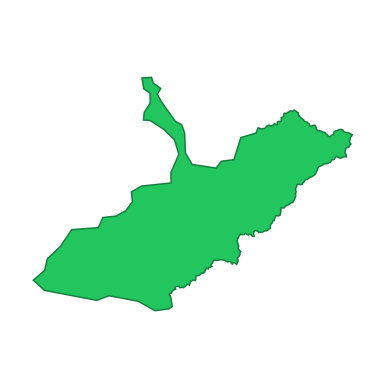 Chatkal, Jalal-Abad, Kyrgyzstan (Equal Earth projection), rotated 177°
{"feature_id": "92254566B64502136331534", "entity_name": "Chatkal", "entity_type": "district", "adm_level": 2, "iso_a3": "KGZ", "parent_name": "Kyrgyzstan", "parent_adm1": "Jalal-Abad", "projection": "equal_earth", "projection_center": [70.686, 41.73], "detail": "fine", "context": "isolated", "style": "filled", "palette": "green", "viewbox_px": 384, "rotation_deg": 177, "n_neighbors": 0, "source": "geoboundaries", "source_scale": "gbopen_adm2", "svg_char_len": 5901}
<svg xmlns="http://www.w3.org/2000/svg" viewBox="0 0 384 384"><g transform="rotate(177 192 192)"><path d="M252.5,195.3L252.0,185.4L259.2,176.7L269.2,171.9L282.3,171.2L287.4,161.3L314.1,160.7L326.4,144.4L339.9,133.0L343.3,121.4L355.1,112.2L344.5,101.5L292.9,88.8L280.2,92.7L251.5,85.7L235.1,75.4L221.2,76.5L217.7,78.9L218.7,88.2L219.1,89.3L219.3,89.7L220.2,90.3L220.0,91.4L219.2,92.0L218.1,91.8L217.7,92.8L216.7,93.9L216.4,94.8L215.6,94.9L214.7,95.4L213.4,95.8L213.6,96.4L214.5,96.9L213.8,97.9L213.0,98.4L211.6,98.7L210.5,98.3L209.8,98.3L209.5,97.7L209.0,97.0L207.8,97.2L207.5,97.4L206.9,97.4L206.1,97.2L205.6,96.8L205.3,96.9L204.7,97.5L203.7,98.0L203.4,98.4L201.6,100.0L200.8,99.8L199.5,99.1L198.9,100.4L198.7,101.6L197.9,102.8L197.6,103.1L196.1,103.6L195.8,103.7L195.7,104.0L195.3,104.0L194.7,104.0L193.7,103.3L193.0,104.0L192.7,104.6L192.8,106.0L192.3,108.2L189.6,108.2L189.0,108.8L188.1,109.1L187.8,109.3L187.1,110.1L186.8,110.3L184.7,110.3L184.7,110.9L183.5,111.3L183.2,112.2L182.9,112.6L183.0,113.5L182.2,114.5L181.9,115.3L180.9,115.0L179.9,114.3L179.7,114.7L179.3,115.1L179.2,115.8L177.5,115.8L176.0,116.8L176.5,117.0L177.0,117.4L177.2,117.8L176.7,118.7L175.2,119.7L175.2,120.4L174.7,121.2L174.4,121.9L173.8,122.7L173.6,122.9L172.3,122.8L171.2,122.3L170.2,122.3L168.0,122.8L164.7,122.7L164.3,122.4L162.5,121.9L161.9,121.4L159.9,120.2L159.1,120.6L157.4,120.5L156.7,119.8L156.6,118.8L156.2,118.3L155.2,117.9L154.8,119.0L154.3,119.2L153.6,119.3L153.1,119.1L152.2,118.2L151.2,117.4L150.9,118.2L150.4,118.8L150.5,120.0L149.5,120.7L149.7,121.4L149.7,122.2L150.0,122.6L150.3,123.1L150.2,123.7L148.0,125.6L148.1,126.2L147.2,127.0L147.3,127.7L147.2,128.6L146.9,129.4L146.4,129.9L146.9,130.5L147.4,130.9L147.8,131.7L148.9,132.4L149.0,133.1L148.5,134.1L148.6,134.7L148.3,135.2L148.3,135.7L148.7,136.4L148.7,137.5L149.1,138.3L149.0,139.3L149.1,139.6L149.6,140.1L149.5,141.2L148.9,141.8L149.3,143.3L148.2,143.6L147.8,143.9L147.7,145.1L146.4,146.6L145.9,147.5L145.2,147.1L144.9,147.1L144.4,146.7L142.5,146.7L142.3,146.7L141.0,148.0L139.3,146.7L138.1,146.1L137.0,146.7L136.4,146.7L135.9,146.4L135.1,146.3L134.2,145.0L134.0,144.6L132.3,144.4L132.5,145.4L132.5,147.3L132.3,148.6L132.0,149.4L131.8,149.7L131.5,149.9L130.9,150.0L129.6,149.6L129.0,149.6L127.8,148.7L127.6,148.1L126.0,148.2L124.7,148.1L123.6,148.2L122.8,148.8L121.2,149.4L120.5,149.5L120.0,149.2L119.3,149.7L118.5,149.8L118.2,150.1L117.6,150.9L117.0,151.1L116.1,151.2L115.4,152.5L115.4,152.9L115.7,153.4L115.6,154.2L115.3,154.6L114.9,155.4L114.3,156.4L113.4,156.9L113.1,158.2L112.8,158.7L112.4,159.0L111.4,159.2L111.7,160.1L111.1,160.6L111.0,161.2L110.7,161.6L110.3,162.0L109.8,163.5L109.4,163.9L108.1,164.0L107.2,163.5L106.4,163.9L105.3,164.1L105.1,164.6L104.6,167.1L104.3,167.6L104.3,169.1L104.1,169.7L104.1,170.1L104.6,171.2L104.1,171.6L103.7,171.6L101.0,171.2L100.6,171.4L99.3,173.3L98.5,173.3L98.2,173.7L97.8,173.9L96.7,174.0L96.0,174.5L95.2,174.8L94.7,175.4L93.4,175.9L92.6,176.2L92.0,176.1L90.9,178.1L89.8,179.3L89.9,179.9L89.8,180.3L89.4,180.8L89.0,181.7L88.7,182.2L88.6,183.6L88.7,184.6L88.2,186.3L88.0,187.1L88.2,187.6L88.7,188.0L88.2,188.9L88.3,190.3L87.8,190.9L87.1,192.6L86.9,193.8L86.6,194.2L84.6,194.0L82.9,193.6L81.3,194.0L81.0,194.8L79.6,196.2L78.3,198.1L77.4,198.5L76.0,198.6L75.0,199.5L73.3,200.4L73.0,200.9L72.1,200.8L71.4,201.1L70.9,201.2L70.2,201.8L69.0,202.4L68.4,203.0L67.1,204.7L67.0,205.3L65.5,207.5L65.3,208.6L64.6,209.8L63.8,210.8L62.4,211.2L60.8,211.8L59.8,212.4L59.4,212.9L57.3,213.3L55.9,213.2L54.7,213.6L52.3,214.5L51.7,215.1L50.7,216.7L50.1,216.7L48.3,217.1L47.8,218.0L47.5,218.7L45.7,220.0L45.3,219.7L44.3,219.0L42.8,218.4L42.4,218.0L41.8,217.9L40.6,218.3L39.8,218.9L38.0,219.2L36.7,219.2L36.0,219.0L36.2,220.2L35.9,220.8L37.2,222.9L37.0,223.8L37.0,225.0L36.2,226.5L36.1,227.6L35.9,227.9L34.9,228.0L33.9,228.6L33.4,228.6L32.9,228.8L32.6,229.1L32.6,229.9L32.3,230.4L31.0,231.2L30.7,231.5L31.6,232.7L32.2,234.4L31.6,235.0L31.1,238.4L30.3,238.8L29.8,239.3L28.9,240.9L29.1,241.0L29.4,240.7L29.7,240.8L30.1,241.1L30.1,241.4L30.4,241.6L31.9,242.6L33.4,243.2L35.0,243.3L35.4,243.4L35.8,243.8L36.3,243.8L37.0,244.2L37.4,244.8L37.7,245.7L39.5,246.7L41.4,246.7L43.6,245.8L45.2,245.5L46.2,245.2L46.9,244.7L47.2,244.1L47.4,243.4L47.6,242.2L47.8,242.0L49.8,241.3L50.5,240.6L51.8,240.0L52.5,240.0L53.0,240.6L53.0,241.0L53.9,242.3L55.5,243.2L56.0,244.0L56.1,244.4L56.3,244.6L58.1,244.9L58.7,244.6L58.8,245.4L60.4,246.4L63.1,246.4L63.4,247.0L64.1,247.7L64.7,248.7L64.7,249.4L64.6,249.9L65.6,252.0L66.1,252.4L68.2,252.0L68.8,251.4L69.7,251.6L70.8,251.6L70.8,252.1L71.4,253.8L71.8,254.2L72.4,254.5L72.8,255.2L73.4,255.8L74.2,255.9L76.3,257.1L76.8,257.9L76.9,258.5L77.9,258.9L78.7,260.1L79.3,260.3L80.7,261.6L80.9,262.0L81.0,262.5L81.6,263.3L81.8,264.0L81.7,265.6L81.8,265.7L82.4,265.8L84.1,267.5L85.0,268.2L86.2,268.3L87.0,267.6L87.9,267.1L88.8,267.9L89.5,268.0L90.2,267.3L91.2,266.7L91.7,266.7L92.2,266.4L92.8,266.2L93.3,265.7L93.9,265.7L94.3,265.4L94.6,265.6L95.7,265.8L96.1,265.5L96.3,264.7L96.2,263.9L96.2,263.3L96.4,263.0L97.7,261.9L99.0,261.6L99.0,261.2L98.9,261.0L98.8,260.3L99.1,259.5L99.3,259.2L99.2,258.9L99.2,258.4L99.4,258.0L100.1,257.7L100.6,257.7L100.8,257.9L102.2,257.9L103.0,257.3L103.2,257.0L103.1,255.3L103.3,254.9L103.7,254.7L104.5,254.9L104.9,255.3L105.3,255.6L106.1,255.7L106.8,255.3L108.2,254.1L109.4,254.1L110.1,253.7L111.2,254.3L111.4,254.6L111.9,254.7L113.1,254.4L114.0,253.8L114.1,253.3L115.6,252.1L116.3,251.6L116.6,251.5L118.4,251.7L119.2,251.3L120.0,251.2L120.5,252.0L121.6,252.2L122.6,252.6L125.1,247.4L140.4,243.8L148.4,222.1L161.1,221.2L166.7,214.6L190.4,219.5L196.5,231.2L196.3,251.5L198.8,259.7L204.9,263.5L218.1,284.2L221.4,291.5L217.8,297.0L225.1,302.9L226.4,308.6L236.0,308.5L234.7,297.5L228.7,292.8L229.1,282.9L235.5,274.2L236.7,266.4L230.2,265.7L217.1,256.2L206.7,245.0L203.2,230.3L212.1,212.4L212.4,202.1L242.0,200.6L252.5,195.3Z" fill="#22c55e" stroke="#15803d" stroke-width="1.5"/></g></svg>